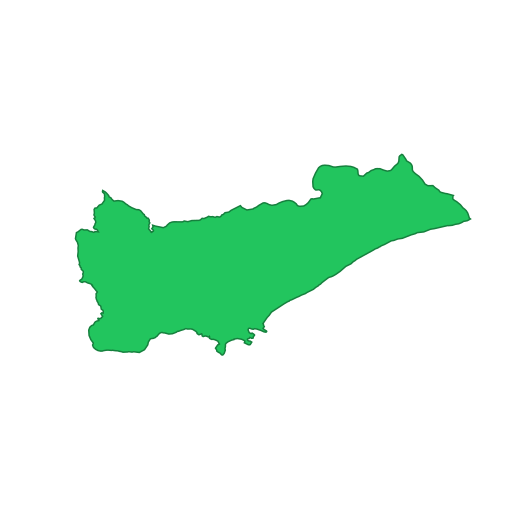 the district of Quepos, Puntarenas, Costa Rica, rotated 300°
{"feature_id": "36466004B16992586441876", "entity_name": "Quepos", "entity_type": "district", "adm_level": 2, "iso_a3": "CRI", "parent_name": "Costa Rica", "parent_adm1": "Puntarenas", "projection": "equal_earth", "projection_center": [-84.055, 9.413], "detail": "fine", "context": "isolated", "style": "filled", "palette": "green", "viewbox_px": 512, "rotation_deg": 300, "n_neighbors": 0, "source": "geoboundaries", "source_scale": "gbopen_adm2", "svg_char_len": 6122}
<svg xmlns="http://www.w3.org/2000/svg" viewBox="0 0 512 512"><g transform="rotate(300 256 256)"><path d="M407.1,396.6L405.5,390.4L404.8,388.7L403.6,384.3L403.6,383.0L404.4,381.4L404.7,377.0L405.4,374.0L402.8,369.7L402.8,366.4L405.0,362.2L406.5,357.3L407.0,352.7L407.7,349.9L408.6,348.5L411.3,346.8L412.1,346.1L413.0,344.8L413.6,343.2L413.7,338.8L414.7,337.4L416.8,333.0L417.0,332.5L416.9,331.4L414.5,330.4L413.4,330.4L409.5,332.3L407.1,332.6L403.1,331.1L398.1,330.2L396.9,329.4L395.1,327.2L394.2,323.6L393.6,319.7L392.1,317.0L391.1,315.7L389.9,315.0L387.6,313.0L384.5,311.7L383.3,310.5L378.8,309.1L377.4,306.0L377.2,304.8L378.1,303.4L380.7,301.6L381.9,300.4L381.7,296.4L380.9,293.2L378.9,288.9L375.7,284.2L372.6,280.2L371.7,278.3L370.8,273.9L369.0,270.1L367.5,268.1L365.8,266.9L363.7,266.1L357.6,266.1L351.5,266.8L348.9,267.9L344.5,270.8L343.5,272.5L343.1,274.1L343.1,274.9L344.9,277.4L345.0,278.8L344.4,280.6L343.2,282.2L338.5,282.6L337.9,281.7L334.2,277.4L333.8,276.8L333.7,276.1L332.9,275.1L328.4,274.6L325.6,273.7L323.1,272.3L321.0,269.2L320.5,268.0L320.4,266.6L321.3,264.8L321.7,262.1L321.7,260.1L320.7,256.8L319.5,255.0L316.4,251.8L313.3,249.4L310.7,247.9L307.8,244.4L307.0,241.4L307.0,239.6L306.5,237.1L305.5,235.6L301.2,233.1L298.6,232.0L296.1,230.2L295.2,229.9L291.3,225.1L291.0,219.5L291.8,217.3L283.1,211.6L280.4,210.5L278.0,207.5L275.6,206.9L274.6,205.9L273.0,205.8L271.5,205.1L270.6,202.4L269.0,201.3L268.5,198.9L267.3,197.2L266.6,195.0L265.4,194.5L262.4,192.2L261.7,190.5L259.5,189.8L258.4,188.9L254.6,182.7L251.6,179.8L250.4,176.3L249.0,175.5L248.5,174.8L244.6,167.9L243.5,166.4L241.5,164.7L238.6,163.7L237.0,163.5L234.2,161.6L231.6,153.9L231.0,151.1L229.7,152.3L227.5,152.1L227.2,154.0L226.7,154.6L226.1,154.7L225.4,154.1L224.5,154.0L224.1,153.6L224.1,153.3L224.7,152.8L224.8,152.1L225.8,149.4L228.1,148.7L229.2,147.6L231.6,147.5L232.3,146.2L233.2,146.0L234.0,145.3L234.8,143.6L234.2,142.8L234.7,141.9L234.9,139.8L236.0,138.5L236.0,137.5L237.5,133.5L237.5,131.4L236.3,129.0L235.7,124.2L235.7,120.3L236.0,119.2L236.0,117.4L236.5,114.5L236.5,112.7L235.0,108.8L232.5,105.5L233.0,102.9L233.8,101.4L233.8,99.1L234.7,98.2L235.7,95.2L236.1,93.5L236.1,90.5L234.9,90.9L234.5,91.5L234.2,93.3L233.8,93.8L231.9,95.2L230.6,95.6L228.5,97.0L224.0,96.6L221.6,94.8L218.0,94.1L217.0,92.6L215.4,92.5L212.2,94.7L211.0,94.9L210.2,95.5L209.4,97.2L208.6,97.5L208.1,97.0L207.5,96.9L206.3,99.4L205.3,100.2L204.9,100.5L203.5,100.5L202.4,100.9L199.6,100.9L198.9,102.0L198.8,102.8L198.9,103.5L199.4,104.2L199.3,105.4L198.1,107.4L196.7,104.3L196.2,104.4L195.3,103.6L195.0,101.5L194.2,99.9L194.3,96.9L192.5,94.0L192.3,92.3L191.7,91.3L187.6,89.6L186.5,88.8L180.7,91.0L179.7,92.4L178.7,94.4L176.2,96.9L174.0,97.8L170.9,99.8L166.8,101.6L162.3,106.3L160.8,107.1L160.1,107.1L159.6,108.4L158.6,109.2L158.4,110.5L157.1,111.3L156.4,114.1L154.8,114.9L153.8,114.9L152.7,116.0L151.5,116.5L148.9,116.7L146.9,115.7L146.3,115.7L146.0,116.5L146.0,117.8L146.3,118.7L146.5,119.1L147.0,119.1L147.6,119.7L148.4,121.1L148.5,123.5L149.2,126.6L149.1,128.3L148.8,128.9L148.5,128.7L147.9,129.9L147.1,132.4L145.9,135.3L145.7,136.3L145.3,136.6L143.3,136.4L141.2,137.8L140.3,138.0L138.9,139.2L137.6,141.0L137.3,141.1L136.7,142.5L135.2,144.0L135.1,146.1L134.9,146.7L132.6,148.6L132.4,150.7L131.7,151.4L130.1,152.2L129.7,150.9L128.5,150.5L127.1,153.3L126.6,153.4L125.3,152.9L124.4,152.9L123.5,151.8L123.4,150.9L122.9,150.3L122.5,150.5L122.1,151.8L121.5,152.2L120.1,150.7L118.7,149.8L117.8,149.6L115.0,149.6L113.5,148.4L111.2,147.7L108.2,148.2L103.7,151.2L101.0,154.8L99.3,158.6L99.0,158.8L97.2,159.0L95.9,160.5L95.4,161.6L95.0,163.8L95.1,166.4L96.0,169.1L96.9,170.5L97.8,171.3L99.6,173.5L100.5,174.9L102.0,178.1L102.6,178.8L103.6,181.4L104.7,183.6L105.4,186.2L105.7,186.5L106.2,188.9L108.7,192.8L109.6,193.7L110.8,196.7L111.9,197.9L112.3,198.8L114.1,203.2L119.1,206.3L124.9,206.7L127.6,205.8L131.3,205.9L132.0,206.5L133.4,208.3L135.1,209.6L136.3,209.9L137.1,210.4L139.7,210.8L141.5,211.5L142.5,212.4L142.9,213.1L143.0,214.0L143.7,215.3L144.8,219.5L146.9,222.5L150.0,225.0L151.5,225.7L152.1,226.6L154.0,228.1L156.2,230.2L158.0,231.5L158.6,233.4L160.2,235.9L160.8,237.7L160.7,241.6L160.1,243.4L159.4,243.7L159.2,245.6L159.3,246.0L161.4,247.8L161.3,248.2L159.9,249.3L159.8,250.5L161.3,251.9L161.8,253.2L162.1,255.4L162.6,255.9L163.0,255.9L162.7,256.3L161.5,256.9L161.5,258.6L161.6,259.3L162.5,260.6L163.0,262.6L163.2,265.6L162.0,267.3L161.7,268.2L161.4,268.4L159.9,267.3L155.9,267.0L155.0,268.9L154.0,269.7L153.8,271.8L154.0,273.1L153.2,275.6L153.5,276.5L154.1,276.9L156.0,277.1L159.1,276.5L160.2,275.5L162.3,274.8L164.2,273.7L165.4,273.7L167.8,274.7L171.0,277.0L172.6,278.7L173.0,278.5L175.2,281.1L176.7,285.1L176.9,287.4L176.9,288.7L176.7,289.0L175.0,289.3L175.3,293.7L176.0,295.0L176.5,295.3L179.3,295.4L179.4,293.5L178.8,292.2L178.7,291.2L179.0,290.7L179.6,290.2L180.2,290.3L181.2,291.3L182.4,291.4L182.5,293.3L183.4,294.5L185.1,294.0L186.3,294.4L186.9,294.2L187.2,293.0L187.3,291.1L186.3,290.6L186.2,288.5L188.0,286.1L188.4,285.9L189.6,285.8L190.3,286.6L190.7,289.0L191.1,290.0L191.5,290.6L192.3,291.0L193.1,293.0L194.0,297.5L194.3,300.8L194.8,302.3L195.4,303.0L196.0,303.0L196.3,302.6L196.4,299.7L196.8,298.3L199.0,298.5L199.7,297.2L200.7,296.5L200.9,295.8L208.4,296.4L211.3,297.1L215.1,297.4L228.8,304.3L232.5,306.4L233.3,307.2L234.7,307.6L235.8,308.7L240.7,312.0L242.3,313.3L244.9,314.9L248.2,317.6L249.9,318.4L255.9,322.4L258.9,323.5L261.2,324.8L262.3,325.0L263.9,325.9L265.9,326.4L272.9,329.3L274.2,330.0L275.4,331.3L277.1,332.6L280.0,334.3L284.7,336.5L292.0,339.0L296.8,342.2L299.6,343.0L301.6,344.1L303.4,344.7L319.7,354.6L321.8,355.7L323.8,357.4L325.6,358.3L326.1,358.8L327.5,359.4L330.2,361.5L336.8,365.6L338.4,367.6L341.6,370.2L344.5,373.9L351.8,379.7L355.0,382.8L356.8,383.9L360.8,389.3L366.4,393.7L368.9,396.8L378.3,406.9L378.5,407.5L380.7,410.6L383.2,412.9L385.3,415.5L387.8,417.4L390.0,418.6L390.7,419.6L392.3,421.4L395.3,423.2L395.5,421.8L398.0,419.1L399.1,417.8L400.3,415.5L400.8,413.6L401.2,411.0L402.6,407.4L403.4,402.6L403.4,400.0L403.8,398.1L404.2,397.6L406.7,396.5L407.1,396.6Z" fill="#22c55e" stroke="#15803d" stroke-width="1.5"/></g></svg>